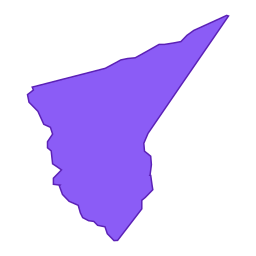 outline of St Phillip, Soufrière, Saint Lucia
{"feature_id": "8701671B24452545338403", "entity_name": "St Phillip", "entity_type": "district", "adm_level": 2, "iso_a3": "LCA", "parent_name": "Saint Lucia", "parent_adm1": "Soufrière", "projection": "orthographic", "projection_center": [-61.028, 13.844], "detail": "fine", "context": "isolated", "style": "filled", "palette": "violet", "viewbox_px": 256, "rotation_deg": 0, "n_neighbors": 0, "source": "geoboundaries", "source_scale": "gbopen_adm2", "svg_char_len": 828}
<svg xmlns="http://www.w3.org/2000/svg" viewBox="0 0 256 256"><path d="M228.5,16.0L226.7,15.4L193.8,30.4L187.0,35.3L180.9,41.6L173.4,43.0L164.5,44.4L159.1,44.4L145.5,52.1L135.2,57.8L127.7,58.5L120.9,59.9L105.3,68.3L32.2,87.1L33.4,90.0L27.5,94.6L29.0,102.2L37.9,111.3L43.8,124.3L50.4,127.3L52.6,134.1L47.5,141.7L47.5,147.8L51.2,150.9L52.6,163.8L57.1,166.8L61.5,169.9L61.3,170.1L53.4,178.2L53.4,181.8L53.4,184.3L58.9,185.0L60.0,185.1L59.3,185.8L62.5,194.5L69.2,201.4L78.2,205.3L80.4,213.0L82.7,217.6L88.6,220.7L93.8,221.4L97.6,225.3L105.0,226.8L107.3,233.7L114.0,240.6L117.6,240.4L141.8,208.9L141.8,200.3L145.2,197.5L152.8,189.7L152.1,185.4L150.7,175.4L149.8,175.3L150.1,174.7L151.4,164.7L150.7,156.2L144.5,151.2L143.8,143.3L148.0,133.4L185.1,79.2L214.8,36.0L228.5,16.0Z" fill="#8b5cf6" stroke="#5b21b6" stroke-width="1.5"/></svg>